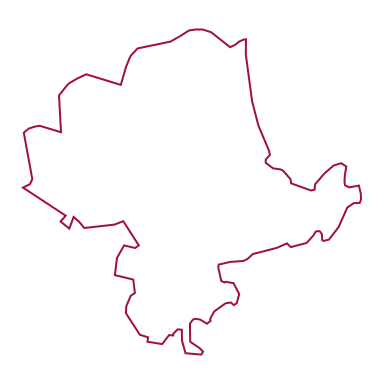 Essex, Massachusetts, United States of America (Albers equal-area conic projection)
{"feature_id": "52423323B80508488513851", "entity_name": "Essex", "entity_type": "district", "adm_level": 2, "iso_a3": "USA", "parent_name": "United States of America", "parent_adm1": "Massachusetts", "projection": "albers", "projection_center": [-70.899, 42.651], "detail": "fine", "context": "isolated", "style": "outline", "palette": "rose", "viewbox_px": 384, "rotation_deg": 0, "n_neighbors": 0, "source": "geoboundaries", "source_scale": "gbopen_adm2", "svg_char_len": 1918}
<svg xmlns="http://www.w3.org/2000/svg" viewBox="0 0 384 384"><path d="M173.2,335.5L173.2,333.8L177.6,329.4L181.8,329.7L182.0,340.7L185.5,353.2L201.2,354.6L203.1,351.7L199.8,348.3L197.4,346.6L190.2,341.8L190.0,329.8L190.0,323.7L190.1,323.4L192.9,319.7L195.1,318.8L200.0,319.5L207.0,323.7L210.6,320.9L210.2,319.4L211.0,317.2L214.4,311.3L225.6,303.3L230.9,302.5L233.9,305.2L236.7,303.2L239.2,294.1L233.6,283.2L225.9,281.8L224.6,282.5L221.3,281.0L221.2,280.7L218.6,269.0L218.2,266.9L218.7,264.6L230.3,261.9L243.1,261.0L247.2,259.2L252.9,254.0L258.2,252.7L276.7,247.9L287.0,243.4L290.8,247.1L297.7,245.3L306.6,243.0L313.7,235.1L315.3,232.1L316.6,231.3L318.2,231.1L319.8,231.3L320.9,232.7L321.9,234.5L322.1,237.5L322.1,240.0L323.7,240.9L328.9,239.6L338.6,227.1L347.3,207.5L353.8,203.1L359.7,203.0L361.0,199.7L360.8,193.7L360.7,193.2L358.9,185.6L349.0,187.4L345.0,185.2L344.5,182.0L344.9,174.8L346.3,166.5L341.2,163.2L333.6,165.5L324.2,173.7L315.1,184.3L314.6,189.7L311.1,190.5L292.4,183.8L291.1,183.3L290.6,179.3L283.1,170.7L280.9,169.5L273.0,168.3L265.7,162.8L265.8,159.4L269.9,155.0L269.0,150.7L258.5,125.8L257.4,121.6L252.2,101.8L249.5,81.9L245.8,54.3L246.0,39.3L243.7,39.6L239.1,41.6L235.8,44.4L230.1,47.2L211.1,32.2L202.7,29.5L196.7,29.5L196.5,29.4L190.1,30.3L188.5,30.8L188.0,31.1L179.2,36.7L170.4,41.6L153.7,45.1L151.1,45.6L137.6,48.4L130.9,55.5L129.3,58.7L126.3,66.3L126.2,66.3L120.8,84.9L94.7,76.9L86.2,74.3L77.5,78.4L69.4,83.1L69.1,83.4L68.3,84.0L64.9,88.0L60.9,93.0L59.0,95.5L61.0,132.2L47.7,128.2L39.7,125.8L34.9,126.6L28.7,128.6L23.8,132.7L32.3,179.1L30.0,184.1L23.0,187.6L65.7,215.7L60.6,221.5L69.3,228.6L73.6,217.0L79.0,221.6L84.3,228.0L114.5,224.6L123.3,221.2L138.8,245.4L135.1,248.0L124.1,245.4L117.0,257.9L114.9,275.1L133.3,279.6L134.9,293.0L130.8,295.7L126.3,306.2L125.9,313.2L139.9,334.8L148.1,337.3L147.5,341.7L162.1,344.1L169.1,335.1L173.2,335.5Z" fill="none" stroke="#9f1239" stroke-width="2"/></svg>